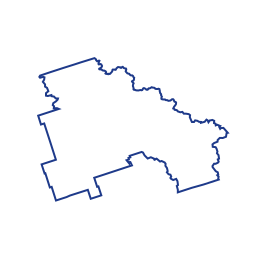 Flathead, Montana, United States of America (Robinson projection), rotated 342°
{"feature_id": "52423323B85659466987849", "entity_name": "Flathead", "entity_type": "district", "adm_level": 2, "iso_a3": "USA", "parent_name": "United States of America", "parent_adm1": "Montana", "projection": "robinson", "projection_center": [-113.761, 48.298], "detail": "fine", "context": "isolated", "style": "outline", "palette": "blue", "viewbox_px": 256, "rotation_deg": 342, "n_neighbors": 0, "source": "geoboundaries", "source_scale": "gbopen_adm2", "svg_char_len": 4285}
<svg xmlns="http://www.w3.org/2000/svg" viewBox="0 0 256 256"><g transform="rotate(342 128 128)"><path d="M70.7,183.8L81.8,183.8L81.8,174.4L80.5,174.4L80.5,164.9L91.4,164.9L113.9,164.8L120.2,164.8L119.7,161.1L118.5,160.7L118.1,161.8L116.7,158.2L119.1,158.2L119.2,156.6L121.1,156.6L121.0,155.0L133.6,155.0L134.7,156.0L135.3,159.2L137.3,163.1L140.7,162.9L143.4,165.3L143.2,166.1L143.6,166.5L144.3,166.0L145.1,166.1L145.5,165.9L145.8,166.1L148.1,169.8L149.8,169.8L152.2,172.1L152.7,173.6L151.9,175.5L152.7,178.2L152.4,181.3L151.3,182.1L152.3,184.5L153.9,185.5L154.1,187.5L152.9,188.6L153.3,189.7L154.9,191.4L158.1,191.3L158.6,193.9L157.9,197.7L156.5,198.2L156.3,202.2L155.5,204.6L170.2,204.6L182.5,205.1L198.4,205.1L198.2,203.8L199.1,202.4L198.3,200.5L199.4,200.3L199.7,197.9L198.1,196.2L196.4,191.4L196.6,190.3L198.8,188.6L200.3,189.1L202.7,188.8L203.8,188.1L203.7,185.6L205.1,185.3L205.7,181.8L204.8,179.5L205.8,178.0L205.8,174.9L205.4,173.3L202.8,172.1L203.3,169.7L205.3,168.9L208.9,168.7L209.6,167.1L212.2,165.8L215.1,166.8L218.5,166.6L220.2,163.3L221.4,163.4L218.8,157.4L216.4,156.8L215.4,157.3L215.1,155.2L216.3,154.6L213.9,152.5L212.3,152.6L212.6,151.0L211.3,149.9L212.2,147.8L210.7,146.4L209.5,146.3L208.1,146.1L206.3,147.4L206.1,145.3L205.2,144.3L202.8,145.8L199.0,145.6L199.3,144.8L197.5,144.1L196.2,142.6L194.2,141.5L192.6,142.7L190.6,142.0L190.1,136.8L191.0,135.0L190.1,133.6L187.4,132.2L185.5,131.6L184.7,129.5L182.6,129.2L180.4,127.5L180.3,126.7L179.8,126.0L179.6,126.0L178.8,125.5L178.0,125.1L178.0,124.3L177.4,123.6L177.1,123.4L177.4,123.0L177.8,122.7L178.4,122.0L179.5,121.3L180.2,120.8L181.0,120.1L181.4,119.2L181.6,118.6L181.3,117.9L180.4,117.4L180.2,116.6L180.2,115.7L180.1,115.1L179.7,114.5L178.7,114.3L177.7,114.7L176.7,115.0L175.7,114.8L174.7,114.6L174.3,114.0L173.7,113.5L172.8,113.3L172.3,112.9L172.0,112.3L171.3,112.1L170.7,111.9L170.1,111.7L169.6,111.3L169.1,111.1L168.8,110.7L168.9,110.1L169.3,109.3L169.9,108.7L169.7,107.9L169.6,107.1L169.9,106.3L169.9,105.9L169.4,104.8L169.5,104.0L169.5,103.1L169.8,102.1L169.8,101.4L169.9,100.7L169.2,100.1L168.1,100.0L167.2,99.7L166.1,99.2L165.8,98.3L165.3,97.8L164.4,97.4L163.6,97.0L163.4,96.7L163.0,96.5L162.5,96.7L161.4,96.9L160.7,97.0L160.0,96.7L159.2,97.0L158.9,97.5L158.0,97.6L157.2,97.1L156.9,96.3L156.2,95.6L155.7,95.1L155.0,94.9L154.4,95.3L154.0,95.7L153.3,96.3L152.5,96.3L151.8,95.8L150.6,95.6L149.3,95.5L148.4,95.1L147.8,94.9L147.2,94.6L146.8,94.1L146.3,93.9L145.7,93.6L145.3,93.3L145.2,92.7L145.6,92.3L145.6,91.5L145.7,90.7L145.6,89.9L145.8,89.1L146.2,88.4L146.6,87.7L147.1,87.4L147.1,86.9L146.9,86.4L146.4,85.7L146.2,85.2L146.2,84.9L146.7,84.6L147.0,84.6L148.1,84.4L148.5,83.9L148.9,83.3L149.0,82.7L149.4,82.1L149.0,81.5L148.9,81.0L148.9,80.3L148.6,79.7L148.2,79.2L147.2,79.0L146.7,78.5L146.2,77.8L146.0,76.9L145.0,76.3L144.2,75.7L144.0,75.0L143.7,74.5L143.5,74.1L143.3,73.4L143.7,72.8L144.4,71.9L144.4,71.5L144.5,71.2L144.4,70.8L143.9,70.6L143.1,70.1L142.5,69.6L142.3,69.0L141.9,68.2L141.4,68.1L140.8,68.5L140.1,68.7L139.5,68.4L139.4,67.9L138.4,67.5L137.5,67.0L137.0,67.0L136.2,67.4L135.5,67.7L134.8,68.3L134.5,68.7L134.1,68.8L133.6,68.6L133.0,68.1L132.0,67.9L131.5,67.7L131.3,67.8L131.0,68.3L130.5,69.2L129.7,69.8L128.9,70.2L128.3,70.6L127.8,70.9L127.1,70.9L126.7,70.5L126.2,70.5L125.7,70.7L125.4,70.4L124.8,70.1L124.0,69.8L123.6,69.5L123.4,69.2L123.6,69.0L124.2,68.7L124.5,68.2L124.3,67.3L123.9,66.8L123.4,66.3L122.9,65.9L122.2,65.8L121.4,65.1L121.1,64.4L120.1,63.8L119.0,63.4L118.8,62.9L119.2,62.6L119.7,62.6L120.9,62.3L122.1,61.6L122.5,60.9L122.3,60.0L122.3,59.4L121.7,58.7L120.5,58.6L119.9,58.5L119.7,57.9L120.0,57.6L120.3,56.7L121.0,56.0L121.6,55.2L121.4,55.0L120.7,54.9L120.0,55.1L119.2,54.9L118.8,54.0L118.6,53.4L118.8,52.9L118.3,52.1L117.9,51.4L117.7,51.2L103.5,51.0L96.8,51.0L85.6,50.9L71.3,50.9L60.6,51.0L59.5,52.0L59.9,53.0L63.2,53.2L64.2,54.0L63.2,56.1L61.3,57.8L62.6,60.9L61.9,63.0L63.4,64.8L63.6,68.4L60.8,69.5L60.0,71.9L61.6,72.8L65.3,73.0L65.1,74.1L67.3,75.2L68.4,77.5L70.5,78.3L69.8,79.3L67.7,80.4L64.6,81.3L63.5,83.0L64.4,84.5L63.5,86.3L66.6,87.2L68.1,88.5L46.4,88.5L46.3,97.8L49.7,97.8L49.7,116.9L49.6,135.9L34.6,135.9L34.6,145.5L35.4,145.5L35.3,158.8L35.3,160.4L37.2,160.4L37.1,174.7L48.3,174.7L52.0,174.3L70.7,174.4L70.7,183.8Z" fill="none" stroke="#1e3a8a" stroke-width="2"/></g></svg>